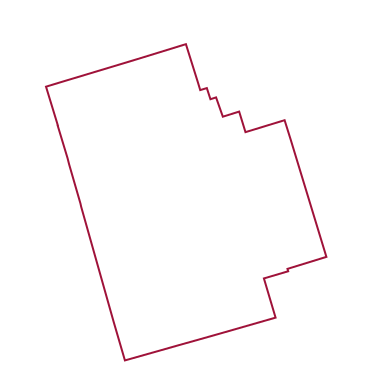 McLean, Illinois, United States of America (Mercator projection), rotated 74°
{"feature_id": "52423323B64474423593150", "entity_name": "McLean", "entity_type": "district", "adm_level": 2, "iso_a3": "USA", "parent_name": "United States of America", "parent_adm1": "Illinois", "projection": "mercator", "projection_center": [-88.926, 40.519], "detail": "fine", "context": "isolated", "style": "outline", "palette": "rose", "viewbox_px": 384, "rotation_deg": 74, "n_neighbors": 0, "source": "geoboundaries", "source_scale": "gbopen_adm2", "svg_char_len": 512}
<svg xmlns="http://www.w3.org/2000/svg" viewBox="0 0 384 384"><g transform="rotate(74 192 192)"><path d="M91.0,302.8L125.3,302.3L131.5,302.5L172.4,302.4L175.5,302.6L294.8,303.1L335.4,302.9L335.6,248.4L335.8,207.6L335.8,146.3L294.9,146.7L294.7,121.4L292.2,121.4L291.4,80.7L168.9,82.7L148.5,83.2L149.2,124.1L127.7,124.5L128.1,141.6L107.7,142.8L107.9,148.7L96.2,149.1L96.3,156.0L88.7,156.1L48.2,157.1L49.2,207.9L50.2,282.7L50.5,303.3L91.0,302.6L91.0,302.8Z" fill="none" stroke="#9f1239" stroke-width="2"/></g></svg>